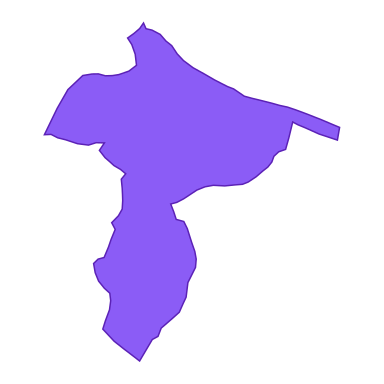 outline of Maracanaú, Ceará, Brazil
{"feature_id": "56859067B10151614231833", "entity_name": "Maracanaú", "entity_type": "district", "adm_level": 2, "iso_a3": "BRA", "parent_name": "Brazil", "parent_adm1": "Ceará", "projection": "orthographic", "projection_center": [-38.623, -3.885], "detail": "fine", "context": "isolated", "style": "filled", "palette": "violet", "viewbox_px": 384, "rotation_deg": 0, "n_neighbors": 0, "source": "geoboundaries", "source_scale": "gbopen_adm2", "svg_char_len": 1583}
<svg xmlns="http://www.w3.org/2000/svg" viewBox="0 0 384 384"><path d="M44.4,134.7L51.1,134.4L57.7,137.8L65.7,139.8L77.5,143.7L88.5,145.1L96.1,142.7L104.4,142.9L99.4,150.4L105.1,157.7L109.5,161.5L114.0,165.6L120.5,169.4L125.7,173.8L121.3,179.2L122.2,188.2L122.5,194.6L122.7,200.6L122.2,209.1L118.4,215.8L111.7,222.7L115.2,229.4L111.1,239.4L108.5,247.0L104.1,257.5L98.1,259.1L93.6,263.5L95.2,272.7L98.6,281.1L104.4,288.3L109.8,293.2L110.7,300.7L109.5,309.8L105.4,320.8L102.8,329.1L114.2,341.3L123.7,348.8L133.0,355.9L139.6,361.0L152.3,339.5L158.0,336.4L161.2,328.1L173.0,317.9L179.3,312.2L183.1,303.6L186.1,297.2L187.9,282.6L195.5,267.4L196.2,259.1L194.8,251.4L191.6,242.2L189.5,235.6L187.3,228.6L183.8,221.5L176.2,219.4L173.7,211.7L170.7,204.0L176.8,202.4L183.5,198.9L191.1,193.9L196.8,190.1L205.0,186.8L213.3,185.3L224.8,185.9L234.9,184.9L242.5,184.3L248.1,182.1L256.1,176.8L262.7,171.1L267.8,167.1L271.8,162.1L273.9,156.3L278.7,151.8L285.6,149.4L288.8,138.0L292.7,122.0L298.0,124.8L305.0,127.7L319.0,134.0L326.9,136.6L337.4,140.1L339.6,127.4L332.4,124.4L320.6,119.4L315.2,117.3L307.6,114.3L301.5,112.0L295.5,109.8L287.5,107.1L279.6,105.4L271.8,103.2L264.7,101.4L258.3,99.8L252.4,98.4L244.3,96.2L233.6,88.9L227.6,86.6L220.3,82.9L214.5,79.9L204.7,74.2L193.0,67.7L183.5,60.6L177.2,53.9L171.7,45.6L166.0,41.1L160.2,34.4L152.0,30.1L146.0,28.7L143.5,23.0L139.7,28.5L133.9,33.5L127.6,38.0L131.8,44.6L135.2,54.2L136.5,65.3L128.9,71.1L118.8,74.6L112.3,75.6L105.4,75.8L98.4,73.9L92.1,74.0L82.8,75.5L67.9,89.6L57.2,108.3L44.4,134.7Z" fill="#8b5cf6" stroke="#5b21b6" stroke-width="1.5"/></svg>